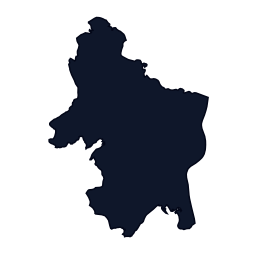 Sichevita, Caras-Severin, Romania, rotated 273°
{"feature_id": "2599482B13579040818065", "entity_name": "Sichevita", "entity_type": "district", "adm_level": 2, "iso_a3": "ROU", "parent_name": "Romania", "parent_adm1": "Caras-Severin", "projection": "natural_earth1", "projection_center": [21.828, 44.711], "detail": "fine", "context": "isolated", "style": "filled", "palette": "ink", "viewbox_px": 256, "rotation_deg": 273, "n_neighbors": 0, "source": "geoboundaries", "source_scale": "gbopen_adm2", "svg_char_len": 5757}
<svg xmlns="http://www.w3.org/2000/svg" viewBox="0 0 256 256"><g transform="rotate(273 128 128)"><path d="M36.4,199.8L40.9,198.9L52.5,195.4L60.7,193.1L64.0,192.4L74.6,190.9L81.4,189.0L84.7,188.6L86.6,188.8L90.0,189.9L91.0,190.6L93.0,192.4L96.5,197.4L99.3,200.6L101.8,203.0L103.5,204.2L106.1,205.4L110.1,206.2L112.0,206.3L115.3,206.3L119.3,206.0L123.7,205.0L131.0,201.9L132.5,201.5L134.6,201.1L136.5,201.1L139.6,201.8L145.0,203.6L149.6,204.8L153.7,205.6L162.7,206.4L166.6,194.0L166.6,192.3L165.7,190.3L165.9,189.5L167.0,188.4L167.5,187.4L167.5,186.6L165.8,182.5L166.2,181.6L167.4,181.8L168.5,181.8L169.7,180.2L170.1,178.3L169.7,177.3L168.2,175.9L168.9,174.4L168.9,173.5L168.1,170.7L168.1,168.6L169.2,166.0L168.6,163.9L168.8,162.6L169.5,162.2L170.0,161.7L170.5,160.4L171.0,159.4L173.2,157.5L175.9,156.3L177.1,155.3L178.2,153.1L178.5,151.1L178.1,149.5L178.0,147.8L178.6,146.8L181.4,144.0L180.1,142.8L179.9,141.8L182.5,141.0L183.7,141.0L185.4,141.9L186.6,142.1L187.3,141.8L187.3,139.5L189.9,139.1L191.1,139.8L191.1,140.5L189.7,141.5L191.1,143.4L192.4,143.5L193.0,142.7L193.1,141.8L193.4,140.9L193.4,140.3L192.6,138.8L193.0,138.0L194.7,137.6L196.1,136.6L196.2,136.2L196.4,134.8L196.4,133.4L196.1,132.6L195.4,132.0L194.9,131.3L195.3,129.3L196.3,124.6L197.1,122.8L198.8,119.2L199.8,117.5L200.1,117.3L201.0,117.0L202.3,116.8L206.0,117.4L209.6,118.5L211.9,118.3L213.2,118.8L214.3,119.6L214.9,120.2L215.2,120.9L215.6,121.5L216.8,120.9L219.6,119.9L221.3,118.9L224.0,115.4L224.8,113.4L225.9,111.6L227.4,110.4L227.3,108.6L226.6,107.9L225.8,107.8L225.0,107.6L224.9,107.2L225.1,106.7L225.3,106.6L226.3,106.9L227.0,106.8L227.6,106.3L228.0,105.6L228.5,103.3L229.9,104.4L230.8,104.2L232.0,102.5L234.5,100.5L234.8,99.1L235.6,97.5L236.4,95.1L236.7,93.2L236.7,90.7L235.7,88.8L232.5,84.3L231.8,83.1L230.9,83.1L229.7,84.7L228.4,85.7L225.2,86.4L224.2,87.5L223.6,87.8L223.3,86.2L224.1,84.5L223.0,84.3L221.6,86.4L221.0,86.0L220.5,85.2L220.3,84.2L220.6,82.9L220.8,80.4L219.6,78.4L218.6,76.2L215.0,72.1L212.4,72.6L211.3,73.1L208.9,74.6L207.7,74.9L204.9,74.4L202.2,73.5L200.1,73.6L197.6,74.1L197.0,73.6L196.8,72.5L195.9,72.2L192.7,71.9L192.2,71.2L194.2,67.5L194.4,66.8L193.6,66.5L193.0,65.9L191.9,65.7L191.0,66.2L189.9,66.4L188.5,65.6L187.9,65.7L184.0,66.9L183.2,66.9L178.2,69.0L172.8,72.0L169.3,73.5L166.2,75.9L165.6,76.1L160.7,76.2L158.2,76.6L155.5,76.4L154.5,75.7L153.8,73.5L153.1,72.6L152.3,72.4L151.8,72.4L151.0,72.0L150.7,71.5L149.8,71.3L148.4,71.4L147.1,71.2L146.7,70.7L146.7,70.3L145.3,68.9L144.5,68.5L143.4,68.7L141.9,67.8L141.3,66.9L140.7,66.3L140.8,65.4L140.1,64.8L137.5,61.0L135.5,59.0L134.7,57.4L133.3,55.4L132.8,53.9L129.8,50.5L128.6,49.6L127.2,49.7L126.4,50.3L124.8,52.3L124.4,53.1L123.2,54.3L123.1,54.6L123.2,55.0L123.1,55.3L122.6,55.6L122.5,55.8L120.5,56.1L119.8,56.0L118.7,56.2L118.2,55.7L117.2,55.7L114.7,54.9L113.3,53.9L113.1,53.7L112.9,52.9L113.0,51.5L112.8,51.2L112.3,49.9L112.1,49.8L110.2,50.0L109.7,50.4L108.8,51.7L108.4,52.7L108.1,53.8L106.9,56.4L105.7,56.8L104.9,56.6L104.7,57.5L104.7,58.5L105.1,59.1L105.4,59.3L104.9,60.3L105.0,61.4L105.2,62.3L105.8,62.9L105.9,65.2L106.1,66.0L106.8,67.1L108.7,68.1L109.8,68.5L110.1,68.5L110.3,68.7L110.1,69.1L110.5,69.6L110.1,70.9L109.1,71.6L109.2,73.2L109.4,73.5L110.3,74.0L110.4,74.7L110.8,75.4L111.9,76.5L112.3,76.7L112.5,76.6L113.2,77.3L113.5,78.6L113.9,79.1L114.2,79.0L114.7,79.4L115.0,79.3L115.4,79.6L115.9,79.7L116.4,79.5L116.8,79.8L117.2,80.6L117.1,81.3L117.4,82.6L116.9,82.9L116.6,83.5L115.3,83.8L115.1,84.1L114.4,84.1L113.2,84.8L112.4,85.6L111.5,85.7L110.4,86.9L108.8,87.6L107.3,87.4L106.1,86.9L105.0,87.2L106.2,88.5L106.5,90.1L107.9,90.6L108.0,91.2L107.4,91.6L108.9,92.9L109.9,93.3L110.9,94.1L111.9,96.5L112.4,97.0L113.8,97.5L114.6,98.6L115.5,99.5L116.1,100.7L115.4,102.7L115.5,103.1L114.9,103.3L113.4,103.3L113.1,102.9L112.7,103.6L112.5,104.4L112.6,105.0L112.3,104.9L111.9,104.2L111.4,103.7L110.6,103.3L110.6,104.3L110.8,105.0L111.4,105.5L111.0,105.6L110.1,105.4L109.7,104.5L108.6,102.9L107.5,102.3L106.8,101.6L105.8,99.6L105.1,97.5L101.3,94.6L99.5,93.5L97.9,93.0L96.3,92.6L95.4,92.0L94.4,91.7L94.3,92.7L96.6,94.9L97.0,95.5L95.4,96.2L93.7,97.3L92.2,97.7L91.3,97.4L90.4,97.0L89.2,98.0L89.0,99.0L86.7,100.7L85.5,102.2L84.7,103.5L83.9,104.1L82.5,104.4L80.6,104.5L79.8,104.8L79.0,105.6L78.0,106.2L76.3,106.7L73.1,105.9L69.1,105.8L67.9,105.0L67.2,103.0L66.7,98.7L65.6,97.8L64.9,96.3L64.5,94.7L64.2,92.3L63.5,91.4L61.6,90.2L60.6,89.7L59.6,90.5L56.6,92.5L52.9,94.2L51.0,94.3L48.7,93.7L47.7,95.4L46.5,97.0L44.3,98.7L42.5,99.5L41.0,99.5L40.5,100.2L40.1,106.4L39.2,109.7L37.0,111.9L34.8,113.5L29.3,115.1L26.9,116.0L26.3,117.0L27.2,118.5L27.4,119.7L27.4,120.8L28.0,122.1L28.2,123.7L28.6,125.3L28.4,126.0L27.6,127.5L28.1,127.9L27.5,128.5L26.4,129.1L26.6,130.3L25.9,130.4L25.3,129.7L22.9,129.6L22.4,128.8L21.6,128.2L20.6,130.1L19.3,130.3L19.7,131.5L19.9,134.6L19.7,135.2L19.7,135.9L20.0,136.5L20.7,136.2L20.7,137.5L21.5,137.8L23.1,139.1L25.7,140.3L26.5,141.7L28.6,143.0L33.1,145.3L34.0,146.9L35.4,148.1L38.5,149.0L41.2,150.2L42.6,151.2L48.3,157.5L51.7,160.7L52.9,162.7L52.0,163.0L52.0,164.7L52.3,165.1L52.3,165.6L51.4,166.2L50.4,165.8L49.1,166.0L47.4,167.4L45.0,170.3L44.7,171.5L46.8,169.9L47.9,169.5L49.2,169.8L49.5,169.1L49.3,168.0L53.2,170.6L53.0,171.2L51.2,172.7L47.2,175.3L47.2,177.0L47.8,177.9L48.3,176.5L49.0,176.7L49.0,177.5L48.7,178.1L48.5,179.3L49.3,180.5L51.0,181.7L51.2,182.6L50.8,183.9L49.3,185.3L48.5,185.7L47.7,185.4L47.4,185.1L48.5,184.4L49.0,183.8L49.4,183.0L48.9,183.1L48.5,182.8L48.5,180.9L47.2,180.8L46.9,179.8L46.2,179.4L45.3,180.0L45.7,180.7L45.9,181.4L44.3,182.7L42.5,183.6L38.9,184.3L37.0,184.1L33.5,182.9L32.1,183.1L30.6,184.3L30.3,184.9L30.1,185.7L30.2,187.4L29.6,189.1L30.6,191.8L30.8,193.3L30.9,194.6L32.8,196.4L34.1,196.8L36.4,199.8Z" fill="#0f172a" stroke="#020617" stroke-width="1.5"/></g></svg>